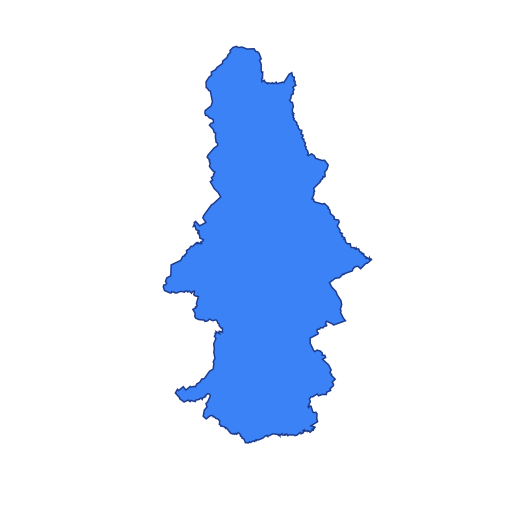 Khao Chakan, Sa Kaeo, Thailand, rotated 135°
{"feature_id": "78962969B13741578736552", "entity_name": "Khao Chakan", "entity_type": "district", "adm_level": 2, "iso_a3": "THA", "parent_name": "Thailand", "parent_adm1": "Sa Kaeo", "projection": "orthographic", "projection_center": [102.011, 13.617], "detail": "fine", "context": "isolated", "style": "filled", "palette": "blue", "viewbox_px": 512, "rotation_deg": 135, "n_neighbors": 0, "source": "geoboundaries", "source_scale": "gbopen_adm2", "svg_char_len": 6150}
<svg xmlns="http://www.w3.org/2000/svg" viewBox="0 0 512 512"><g transform="rotate(135 256 256)"><path d="M146.6,291.5L145.2,293.9L144.8,296.8L143.3,297.9L143.6,299.3L141.1,301.0L141.1,302.9L139.5,305.0L140.2,305.5L139.7,307.2L137.9,307.5L137.2,308.6L137.9,310.1L137.5,311.1L136.6,311.0L134.8,312.5L135.9,314.0L135.5,316.7L134.3,318.1L134.1,320.4L132.9,321.3L132.8,326.0L131.7,326.3L131.6,328.1L130.1,328.6L129.9,330.5L128.6,329.9L128.4,332.1L126.4,334.1L123.9,335.2L121.7,338.9L122.4,339.7L122.1,342.4L119.8,342.8L117.3,344.9L114.9,344.3L113.4,346.3L111.4,346.8L110.6,349.3L107.0,348.5L106.8,349.9L104.8,352.0L105.4,352.9L102.5,355.3L103.2,357.1L101.1,360.3L103.9,361.1L113.8,358.9L114.2,360.1L119.3,363.0L118.8,364.6L121.5,365.1L122.0,367.1L122.9,366.9L125.2,370.0L125.9,369.6L126.5,372.2L126.0,374.6L128.5,375.0L127.1,377.1L126.0,376.9L121.2,381.3L122.0,382.0L121.0,383.7L116.6,388.1L115.1,391.9L113.0,391.7L110.5,397.1L110.5,399.5L111.6,400.9L110.8,403.9L115.9,408.6L118.2,413.7L121.2,416.0L121.5,418.0L124.7,419.7L129.1,419.7L129.9,418.1L133.8,418.0L136.2,416.8L141.5,417.4L143.8,415.8L149.9,416.9L153.2,416.4L157.5,417.7L159.7,415.2L162.5,415.7L168.1,414.5L172.2,410.2L171.7,408.7L172.4,406.7L171.7,404.9L177.8,395.8L181.6,393.9L189.1,394.8L191.1,393.1L192.2,391.0L191.0,389.7L191.3,386.8L189.7,382.8L191.7,380.5L194.3,381.7L196.5,381.4L196.7,375.7L198.2,373.1L197.7,371.4L200.8,368.6L203.8,364.5L203.3,363.2L204.4,361.8L205.3,361.2L209.3,362.0L218.5,361.3L220.7,360.4L220.9,356.6L221.8,356.4L222.9,353.9L225.6,352.3L226.3,346.5L225.7,344.3L228.0,344.0L229.5,342.6L232.1,343.0L233.1,340.2L235.7,341.0L237.9,333.1L237.8,327.7L239.2,322.7L249.5,323.1L251.1,323.7L264.3,321.6L266.6,320.6L267.7,315.1L274.5,317.2L274.2,323.1L275.9,323.4L276.9,322.2L279.4,321.2L277.8,320.4L279.8,316.9L278.5,314.1L279.7,313.0L280.2,314.0L281.0,313.5L281.0,310.9L283.1,308.3L281.6,304.9L282.6,304.2L284.9,304.9L285.6,303.2L286.7,304.1L286.2,304.6L287.8,305.5L287.5,306.3L288.5,306.4L287.9,306.9L288.6,307.5L294.1,307.6L295.0,308.8L298.6,308.3L301.2,309.1L302.9,307.0L305.8,307.1L306.1,306.5L308.2,307.5L312.2,306.1L322.3,309.7L330.2,302.3L334.6,303.6L338.1,301.9L338.4,299.8L340.4,299.6L341.7,300.7L343.4,299.7L345.1,296.3L342.9,290.6L341.9,289.8L340.8,290.3L339.4,288.2L339.5,287.3L337.8,285.6L336.0,285.3L333.6,283.5L332.2,281.0L330.6,281.2L329.6,279.9L329.8,278.9L327.9,278.2L327.9,275.3L326.0,275.8L325.2,274.8L323.8,274.9L327.4,272.6L327.1,270.6L325.4,268.1L331.9,264.4L332.8,262.4L334.8,262.7L335.0,261.9L338.4,262.9L339.6,258.4L342.0,256.6L342.6,254.7L341.4,251.5L338.0,247.4L338.3,245.8L336.0,244.3L333.5,244.4L332.4,240.9L329.5,239.2L329.5,237.4L330.5,235.4L330.2,233.8L331.3,232.8L331.6,229.6L330.8,228.7L333.7,225.8L335.1,228.8L336.0,228.5L336.7,226.9L337.7,230.8L338.4,229.6L339.6,230.3L340.1,229.1L342.2,228.7L342.6,226.0L348.0,223.8L351.1,219.8L353.9,217.8L357.4,212.6L361.0,211.5L361.8,209.8L366.3,206.3L370.3,207.4L378.3,206.0L380.0,206.0L381.1,207.4L385.1,206.5L388.3,207.4L391.3,206.4L392.3,207.9L394.3,208.9L394.7,210.3L400.4,210.8L399.8,215.0L405.8,215.6L405.8,217.3L409.9,216.1L410.2,209.9L410.9,209.0L410.1,203.6L406.0,202.2L405.5,199.6L404.3,200.1L401.9,196.0L400.3,196.6L397.5,194.7L396.2,194.8L395.4,194.1L395.4,192.7L394.4,193.4L391.2,192.2L391.0,192.8L387.6,192.9L386.6,191.2L387.1,189.4L393.1,187.1L395.8,187.0L397.3,183.9L401.5,183.6L406.7,180.0L406.4,176.0L401.3,175.5L399.4,173.8L400.0,172.6L399.1,171.6L399.3,169.8L398.2,167.8L398.3,165.0L401.0,162.8L400.6,161.4L401.2,160.7L399.1,157.7L399.3,155.5L398.5,155.5L399.2,148.6L398.2,146.4L397.1,146.0L397.1,145.0L395.8,144.8L395.7,143.6L393.4,143.7L393.3,140.8L394.3,139.6L393.9,138.3L394.7,136.9L393.8,135.2L395.5,131.5L393.4,129.1L392.0,129.1L391.9,128.2L388.6,127.0L388.1,125.9L387.5,126.3L386.4,125.3L385.9,126.0L384.5,124.3L379.9,122.4L376.4,122.1L375.5,121.6L375.4,120.3L375.0,120.7L374.9,120.1L369.8,118.3L367.1,114.9L366.8,113.2L366.2,113.5L366.3,112.2L365.8,112.9L365.5,112.2L363.3,112.0L364.0,110.9L363.2,109.9L362.2,108.8L361.5,109.4L361.2,108.5L360.1,108.4L360.6,106.4L358.3,105.8L357.5,104.2L356.2,103.6L355.6,101.6L354.0,100.5L349.4,99.9L349.9,98.4L347.6,97.6L346.4,98.2L346.2,99.3L344.7,98.9L345.6,97.8L343.5,96.4L343.8,95.6L342.4,95.3L342.4,93.1L339.9,93.1L338.8,92.3L338.2,92.8L338.5,93.7L336.9,92.8L336.5,93.8L335.0,92.8L337.3,97.1L329.6,95.3L327.9,98.2L324.4,101.3L324.2,103.2L325.9,104.4L326.1,105.6L323.3,110.9L324.2,112.1L325.9,111.4L325.8,112.6L320.4,114.7L319.5,117.1L316.7,117.5L315.5,116.3L310.3,115.2L310.6,112.9L307.0,111.2L304.3,108.4L302.1,109.7L298.3,108.1L297.5,109.7L292.9,109.6L291.8,110.6L291.4,112.9L287.1,112.9L287.1,118.5L286.3,118.7L286.2,121.3L283.4,122.3L281.7,127.7L282.0,135.9L278.5,135.0L277.6,137.1L279.3,139.2L277.7,140.6L277.8,143.5L279.4,146.3L282.0,146.8L282.1,148.2L279.4,155.9L275.8,159.7L267.4,157.0L266.4,157.6L266.4,159.4L264.5,160.8L262.7,159.3L261.0,159.7L259.4,157.8L257.4,158.0L255.6,156.7L254.9,157.1L254.6,159.2L252.3,160.0L249.9,153.9L249.9,152.3L238.5,147.0L238.2,150.4L236.2,156.1L234.5,157.3L234.3,158.5L229.8,161.0L227.5,164.4L226.1,171.1L224.6,174.3L224.4,180.5L222.9,185.2L215.7,184.2L212.3,181.6L207.0,181.7L206.9,180.8L205.5,180.8L198.5,177.4L196.1,178.4L193.4,178.2L191.2,176.8L191.0,173.0L183.7,173.1L182.3,172.2L176.9,171.8L176.8,172.7L177.9,173.0L177.1,174.5L178.2,173.9L178.7,176.4L179.0,175.9L179.9,176.5L178.9,177.4L179.5,180.1L178.4,181.1L178.6,182.4L179.5,182.5L178.9,184.1L179.6,185.7L178.4,188.5L180.2,189.9L179.5,191.0L180.8,190.9L180.6,192.5L182.4,194.3L182.5,195.4L180.7,198.0L182.7,200.0L182.8,202.3L181.2,204.8L182.0,205.5L180.4,206.3L181.4,208.9L180.6,209.1L180.1,211.0L179.1,211.0L180.0,213.4L178.3,214.9L177.3,219.8L173.2,221.2L172.2,223.0L174.7,226.6L173.0,228.5L173.4,233.3L171.3,236.5L171.2,239.0L170.4,239.2L170.5,244.8L172.3,245.7L176.1,252.4L176.3,253.9L175.1,255.5L176.0,256.8L171.2,258.8L170.1,260.3L169.1,260.1L167.3,263.1L157.7,263.0L157.1,263.9L154.3,263.5L152.5,264.7L151.7,263.4L150.8,263.5L147.8,266.9L144.6,267.1L140.6,269.3L139.8,275.2L141.7,276.8L144.8,282.9L143.9,285.6L144.4,288.9L148.0,290.0L148.2,291.1L146.6,291.5Z" fill="#3b82f6" stroke="#1e3a8a" stroke-width="1.5"/></g></svg>